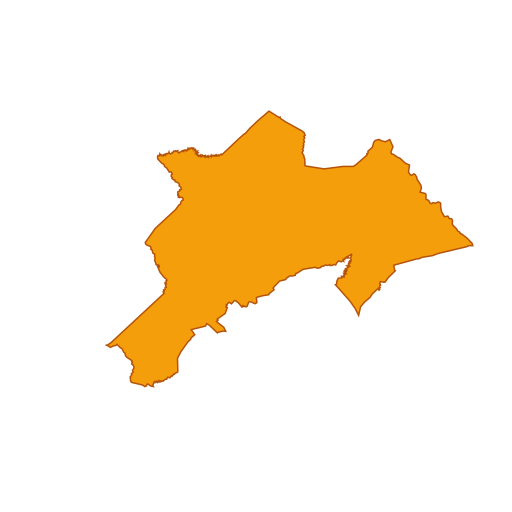 Morogoro, Morogoro, United Republic of Tanzania (orthographic projection), rotated 227°
{"feature_id": "72390352B24110633153516", "entity_name": "Morogoro", "entity_type": "district", "adm_level": 2, "iso_a3": "TZA", "parent_name": "United Republic of Tanzania", "parent_adm1": "Morogoro", "projection": "orthographic", "projection_center": [37.947, -7.052], "detail": "fine", "context": "isolated", "style": "filled", "palette": "amber", "viewbox_px": 512, "rotation_deg": 227, "n_neighbors": 0, "source": "geoboundaries", "source_scale": "gbopen_adm2", "svg_char_len": 6127}
<svg xmlns="http://www.w3.org/2000/svg" viewBox="0 0 512 512"><g transform="rotate(227 256 256)"><path d="M249.9,433.2L251.3,428.6L254.5,426.4L257.3,425.5L259.2,422.0L258.9,419.7L256.2,415.3L256.3,409.3L254.9,408.2L255.2,406.7L254.1,406.1L254.6,391.3L255.1,388.3L262.2,380.7L273.3,365.2L288.2,353.5L289.9,354.1L290.2,354.9L294.1,358.1L295.4,358.3L296.4,359.3L300.0,360.1L301.0,362.6L302.3,362.8L303.1,365.1L304.3,365.4L304.5,366.7L306.1,367.5L306.3,369.0L308.7,370.4L309.2,372.3L310.9,372.6L310.8,374.4L313.6,375.3L316.5,374.8L333.6,369.2L340.2,367.6L341.1,368.4L342.0,367.2L353.1,364.3L353.7,349.8L353.6,338.7L352.9,331.7L353.3,330.7L353.5,323.1L353.3,300.1L354.1,300.2L354.5,299.3L354.5,297.3L355.5,297.3L355.3,296.4L356.8,296.2L356.4,295.2L357.3,295.4L357.1,294.3L358.2,294.1L357.8,293.3L359.5,292.7L359.1,291.6L359.8,291.8L359.3,291.2L360.2,291.3L360.3,290.1L361.5,289.5L360.5,288.5L361.3,288.2L362.2,289.0L362.3,287.9L362.8,287.7L362.5,286.8L363.5,287.2L363.1,286.5L363.8,285.7L364.7,286.6L365.5,285.5L366.2,285.6L365.9,284.6L366.9,284.7L366.3,284.0L367.5,284.0L367.0,283.2L368.0,283.3L368.0,282.2L369.1,282.5L368.5,281.9L369.4,281.7L369.8,282.5L371.3,281.8L370.8,283.0L371.3,283.3L371.9,282.9L371.3,284.1L372.1,283.9L372.5,284.7L373.0,283.3L374.3,283.4L374.3,284.1L375.4,284.3L375.4,283.1L376.1,283.9L377.0,283.4L377.5,284.0L378.3,283.2L377.9,282.5L378.9,282.7L380.0,281.1L379.5,280.3L381.2,279.9L380.5,279.0L380.7,278.5L380.2,278.4L380.6,277.7L380.1,277.3L380.8,276.4L381.8,276.5L381.7,275.9L382.3,275.9L382.7,274.9L382.0,274.3L383.1,274.1L382.8,272.9L383.3,273.6L383.5,273.3L383.4,271.8L384.3,270.6L383.9,270.0L386.4,269.6L386.5,270.2L387.1,269.0L387.7,269.1L388.0,267.7L388.8,267.6L388.4,265.6L388.9,265.3L388.5,264.4L389.0,263.0L390.4,262.7L391.3,263.2L390.8,262.3L391.0,261.0L391.7,260.9L392.2,259.8L391.2,258.5L392.2,257.9L392.7,258.5L393.1,257.6L392.5,256.3L394.1,256.0L394.1,255.1L394.9,255.5L395.5,255.4L395.5,254.7L396.1,255.0L395.3,253.6L396.3,252.9L395.6,251.4L393.7,250.3L388.6,250.3L385.4,251.1L384.0,250.2L380.9,250.7L376.4,249.8L375.4,251.4L372.9,250.6L373.2,249.5L372.1,248.3L370.3,248.3L370.0,247.4L367.4,247.9L366.9,248.5L365.5,247.6L363.2,248.9L360.4,248.8L359.8,247.6L357.4,247.9L355.7,246.9L356.5,245.4L355.6,244.6L356.3,242.8L355.8,242.0L354.3,241.5L354.5,240.8L353.4,240.1L353.1,240.7L352.5,240.7L352.0,239.4L350.8,239.9L350.7,240.7L348.8,242.1L347.3,241.5L346.6,240.6L347.1,240.0L346.9,238.3L345.5,236.1L345.9,234.7L344.8,228.8L344.9,201.2L341.4,184.2L340.0,183.5L338.2,183.7L335.1,185.2L334.1,185.0L332.9,184.3L332.8,183.7L331.4,184.1L328.2,182.5L326.3,183.2L324.8,181.4L323.6,181.1L322.0,178.9L319.1,177.9L318.2,177.1L317.4,177.1L316.0,178.6L314.7,178.5L314.2,178.0L315.7,177.6L315.6,176.9L309.5,174.7L303.5,174.2L299.8,174.7L298.9,174.2L298.7,173.5L299.1,173.3L298.3,172.2L297.0,171.6L298.2,170.9L294.4,169.1L295.0,168.2L293.6,166.6L294.2,165.2L292.7,164.6L293.0,163.5L291.4,163.3L291.5,90.9L292.1,86.7L293.4,85.3L291.6,86.4L288.5,87.2L287.3,90.9L286.2,92.4L286.1,94.1L281.7,94.2L279.2,94.8L276.2,93.7L274.1,93.9L272.7,92.8L270.3,92.4L264.0,93.9L263.4,92.9L262.4,93.1L261.8,91.4L260.2,91.8L258.2,91.1L257.2,90.1L256.6,87.7L254.8,87.0L254.9,84.6L253.6,83.6L253.4,81.5L250.0,79.0L248.4,78.8L239.0,85.1L236.4,85.6L235.7,87.1L236.5,89.1L235.4,89.9L233.1,90.2L230.5,91.9L231.8,92.3L233.3,95.4L232.3,95.7L233.1,96.8L230.9,97.6L231.8,98.2L230.2,99.0L230.9,99.7L229.5,99.8L229.2,100.2L229.8,100.8L229.0,100.9L229.0,101.8L227.8,102.5L227.9,105.0L226.8,106.6L227.6,108.7L225.7,109.9L226.0,111.6L225.3,112.4L225.8,112.9L225.4,113.9L225.9,114.7L225.1,115.8L225.5,117.0L224.5,119.2L224.9,120.1L234.7,128.8L237.1,135.3L239.6,147.4L239.6,151.5L240.4,152.6L240.2,157.5L246.4,158.4L239.2,171.2L240.1,173.9L236.8,174.7L226.1,175.3L226.1,176.2L223.3,181.0L221.6,182.5L225.8,183.8L235.1,182.4L235.0,184.6L236.3,184.6L235.0,194.2L237.8,199.8L239.3,199.3L239.7,201.3L240.5,201.0L240.5,204.8L237.8,205.4L238.1,210.0L237.4,210.5L233.5,211.2L228.3,210.9L228.5,211.6L228.1,211.4L227.6,212.4L228.0,213.0L226.7,213.3L225.4,214.4L225.4,215.5L227.2,219.1L226.9,220.1L226.0,221.0L221.8,222.7L221.3,224.8L225.4,228.0L222.7,233.3L219.0,238.9L219.5,240.3L219.0,246.2L220.8,246.6L221.1,247.7L221.6,256.2L218.6,261.4L218.9,263.7L218.3,267.3L216.6,268.9L215.1,271.6L216.1,273.3L215.5,274.1L214.1,281.5L207.2,291.8L205.3,292.4L204.2,294.0L203.4,295.6L203.9,296.8L202.6,298.2L202.2,300.4L200.3,301.9L199.5,304.0L198.6,303.6L197.2,305.2L196.7,307.1L195.1,308.2L195.9,310.4L196.1,313.0L193.6,314.4L193.3,316.4L192.5,316.5L194.0,317.4L192.9,318.5L193.8,319.0L193.0,320.4L193.7,321.1L193.5,321.6L192.0,321.6L191.6,322.3L193.1,322.9L192.1,327.0L191.6,326.8L190.3,324.3L190.4,323.4L189.8,323.7L187.5,322.2L188.6,321.1L188.3,320.2L187.1,320.7L186.7,320.4L186.8,319.2L187.5,319.1L187.1,317.9L184.8,317.6L186.7,315.8L184.7,315.8L185.7,312.4L184.6,311.7L185.1,312.8L183.7,313.0L183.0,311.5L184.0,310.8L184.8,311.2L185.0,310.5L184.4,310.3L184.3,309.6L181.9,309.8L183.2,308.4L181.8,308.4L182.1,307.3L181.5,307.1L181.7,306.5L180.7,306.1L182.8,304.7L181.6,304.2L181.6,303.6L183.7,301.0L182.5,298.1L180.3,295.4L180.8,294.5L159.5,294.0L150.4,292.8L142.6,290.6L147.5,297.8L148.3,304.2L147.9,310.9L148.9,314.9L149.0,323.3L147.1,322.7L147.2,323.7L148.3,323.9L148.2,325.2L149.0,325.1L149.7,326.0L149.7,327.4L151.3,327.5L152.5,329.5L149.4,331.8L148.9,332.9L150.0,338.1L150.2,347.8L151.2,347.8L155.3,350.5L144.3,371.5L142.7,373.6L141.8,376.5L135.9,385.3L133.6,391.0L119.4,415.9L118.3,418.8L115.7,421.6L117.8,422.7L125.5,422.5L131.8,421.4L133.1,420.8L134.4,421.3L136.8,420.6L139.0,421.2L144.2,421.0L145.6,421.4L148.0,424.0L150.0,424.4L151.4,422.9L154.3,423.5L156.3,420.6L162.1,422.0L166.3,424.8L168.5,426.9L169.3,427.0L171.3,426.2L172.2,423.3L174.4,421.7L174.5,420.1L175.9,419.4L178.8,420.1L178.8,419.3L178.8,419.7L179.7,419.8L181.7,419.1L185.2,422.4L186.3,422.4L190.9,419.5L192.8,423.3L195.4,424.9L202.2,426.1L204.3,427.4L207.2,427.9L208.4,427.5L208.9,424.9L210.0,424.2L213.3,424.7L217.9,430.3L222.0,428.5L229.1,428.0L231.9,426.8L236.8,425.8L238.1,424.8L240.0,425.5L242.5,430.7L249.9,433.2Z" fill="#f59e0b" stroke="#b45309" stroke-width="1.5"/></g></svg>